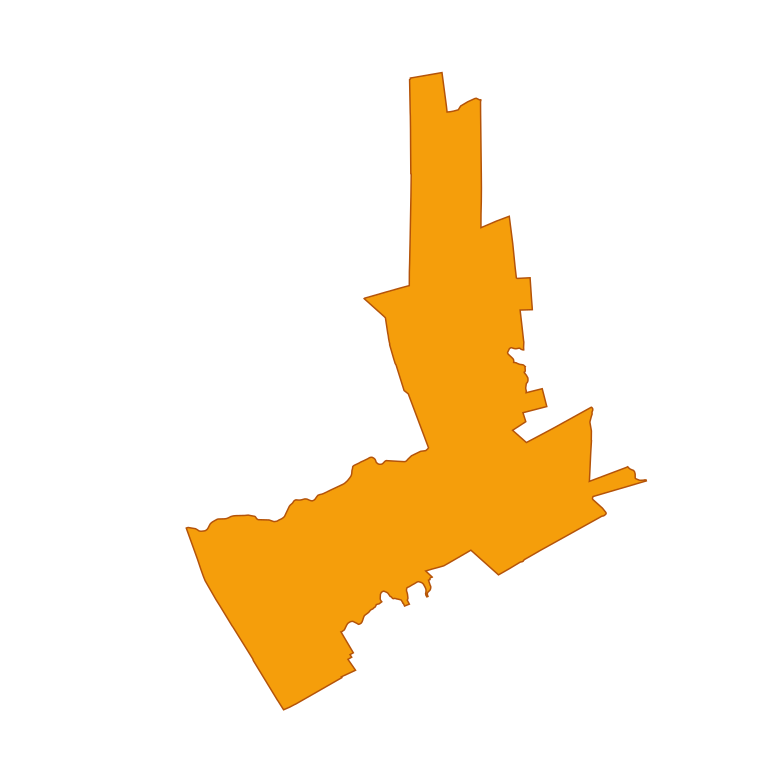 Ciresu, Braila, Romania (Robinson projection), rotated 165°
{"feature_id": "2599482B19299751639554", "entity_name": "Ciresu", "entity_type": "district", "adm_level": 2, "iso_a3": "ROU", "parent_name": "Romania", "parent_adm1": "Braila", "projection": "robinson", "projection_center": [27.398, 44.954], "detail": "fine", "context": "isolated", "style": "filled", "palette": "amber", "viewbox_px": 768, "rotation_deg": 165, "n_neighbors": 0, "source": "geoboundaries", "source_scale": "gbopen_adm2", "svg_char_len": 6131}
<svg xmlns="http://www.w3.org/2000/svg" viewBox="0 0 768 768"><g transform="rotate(165 384 384)"><path d="M279.3,672.7L279.4,672.1L279.6,671.8L280.0,671.6L280.5,671.4L288.3,639.9L289.2,636.0L292.4,623.4L296.6,607.4L303.7,580.1L303.4,579.7L309.5,558.0L313.6,543.8L320.9,518.4L328.0,494.0L330.4,486.0L334.1,472.5L343.3,472.5L358.4,472.3L380.6,471.9L381.1,471.6L380.3,470.4L370.9,456.0L366.7,449.6L365.5,447.6L367.2,432.4L367.4,429.6L367.8,426.7L368.0,423.8L368.1,421.0L368.4,420.5L368.1,405.9L367.9,400.9L367.4,399.1L366.3,372.5L363.1,368.2L357.5,310.9L358.3,310.2L359.3,309.6L360.8,308.9L361.5,308.9L366.0,309.5L375.9,307.6L376.9,307.1L380.3,305.2L382.1,304.0L382.9,303.7L383.8,303.6L384.7,303.8L392.0,306.2L398.9,308.5L401.6,309.4L402.5,309.3L403.3,309.0L405.2,307.8L406.4,307.3L407.5,307.2L408.7,307.5L409.6,307.8L410.5,308.5L411.1,309.3L411.6,310.1L411.9,311.1L411.9,312.4L412.1,313.3L412.4,314.1L413.2,315.2L414.5,316.3L415.5,316.6L417.0,316.6L419.0,316.0L423.7,315.1L426.4,314.7L428.6,314.1L433.6,313.2L434.8,312.8L435.7,312.1L436.1,310.9L437.3,308.8L438.4,305.7L439.4,304.0L441.1,302.4L444.4,300.0L447.3,298.5L448.9,297.9L462.8,295.4L470.5,293.9L472.3,293.7L474.8,293.8L476.6,293.6L477.9,292.7L480.8,290.3L481.6,290.0L482.4,289.8L483.3,289.7L484.0,289.8L485.6,290.7L488.1,292.7L489.0,293.1L490.3,293.5L493.8,293.5L495.0,293.6L496.6,294.0L498.2,294.6L499.2,294.9L500.4,294.7L501.5,294.2L502.7,293.0L503.8,292.3L505.7,291.4L507.1,290.4L511.7,285.0L514.3,281.9L515.6,281.1L517.8,280.3L520.8,279.8L522.7,279.2L525.1,279.4L525.9,279.6L526.6,280.0L530.2,282.4L540.6,285.5L541.2,286.0L541.8,286.8L542.6,289.0L543.1,289.6L549.1,292.5L552.7,293.1L561.3,295.2L563.8,295.6L566.2,295.6L568.9,295.0L571.0,294.8L572.8,295.0L579.1,296.5L580.2,296.5L583.1,295.8L585.3,295.2L586.8,294.6L588.1,293.8L589.6,292.2L591.2,290.4L592.5,289.3L594.4,288.6L595.5,288.6L598.2,289.0L599.6,289.4L600.7,290.0L602.1,291.6L603.5,293.0L610.3,296.1L611.7,296.1L612.3,296.0L609.5,263.0L608.9,253.0L608.8,251.6L608.3,245.4L607.7,240.3L602.1,219.2L599.9,212.1L593.4,189.9L592.8,188.3L581.9,152.4L581.8,150.6L568.7,106.0L568.6,105.9L565.3,95.3L558.6,96.3L553.0,97.6L552.5,97.6L500.7,111.3L501.0,112.2L485.6,114.9L490.1,127.4L485.9,128.5L486.9,131.4L483.2,132.3L489.7,155.6L489.3,155.5L485.9,156.8L482.6,160.6L481.8,161.4L480.8,162.2L478.8,162.9L477.5,163.1L476.5,163.0L475.5,162.8L471.9,159.6L471.0,158.6L470.6,158.4L469.3,158.5L467.8,159.0L466.8,159.9L465.9,161.1L464.0,164.0L463.3,164.9L462.8,165.3L461.9,165.8L459.0,166.9L457.4,167.7L456.5,168.4L455.9,168.9L455.2,169.2L454.2,169.5L453.1,169.6L452.6,169.9L452.0,170.3L450.2,170.9L449.3,171.9L448.5,172.9L447.2,173.0L445.7,172.9L442.5,174.2L443.2,175.8L443.3,176.9L443.2,177.8L441.9,181.8L441.7,182.0L441.5,182.3L440.8,183.1L439.8,183.7L439.2,183.9L437.8,184.0L435.5,182.2L434.8,181.5L434.3,180.7L433.9,179.7L433.2,177.7L433.0,177.2L432.3,176.8L431.8,175.9L431.3,174.9L431.2,174.7L430.7,174.3L430.3,174.2L429.4,174.2L428.0,173.6L427.3,173.1L427.1,172.9L426.6,172.8L424.1,171.4L423.3,170.8L422.6,168.5L422.6,167.8L422.6,167.6L422.3,167.4L422.2,167.2L421.9,166.2L421.6,164.2L416.5,164.8L417.5,169.2L417.1,169.7L416.8,170.1L416.4,170.7L416.3,171.1L415.9,173.6L415.7,175.1L415.7,176.7L415.8,178.2L415.7,178.7L415.4,179.8L415.0,180.5L414.6,181.1L414.4,181.3L414.0,181.4L412.1,181.7L408.6,182.7L406.1,183.3L403.1,184.2L402.4,184.2L401.7,184.1L399.9,183.0L399.2,182.5L398.7,182.0L398.2,181.3L397.7,180.4L396.8,176.5L396.7,175.5L396.7,174.2L397.4,172.0L398.0,171.0L398.1,170.6L398.2,169.2L397.7,167.3L396.5,167.4L396.6,168.8L396.6,170.2L395.5,171.5L393.0,172.9L392.1,174.0L391.8,174.6L391.4,175.6L391.3,176.0L391.3,176.8L391.5,177.7L391.6,179.4L391.8,183.0L390.2,183.2L390.2,183.9L390.0,184.2L389.7,184.5L389.4,184.7L388.8,184.9L388.2,185.0L387.6,184.9L387.4,185.0L392.1,192.6L385.3,192.8L378.6,192.8L373.3,192.9L363.8,195.4L343.1,201.0L322.8,170.0L310.6,173.2L298.5,176.7L296.5,176.6L295.5,176.8L294.8,177.5L293.7,178.1L276.1,182.8L211.8,198.9L208.3,199.8L207.5,199.9L206.2,199.8L205.6,199.9L204.5,200.3L203.4,200.9L203.0,201.3L202.9,202.4L205.1,207.5L212.3,218.6L212.2,219.7L211.2,221.2L155.7,222.5L155.7,223.5L156.9,223.9L158.5,224.0L160.7,224.5L161.9,224.8L164.8,226.9L165.4,227.5L165.7,228.2L164.7,232.0L164.7,234.3L165.3,235.9L167.2,237.3L168.3,238.2L169.4,239.7L170.0,241.0L171.5,240.7L185.6,239.3L210.9,236.8L210.6,237.4L202.2,263.8L198.2,275.8L198.3,276.1L195.8,285.0L195.0,293.9L194.6,294.7L192.2,298.9L190.8,301.0L190.4,302.8L190.0,303.6L189.4,304.2L189.0,305.1L188.8,305.8L188.9,306.5L189.2,307.3L189.7,307.9L189.9,307.9L233.0,297.2L261.6,290.6L271.8,306.0L256.8,310.9L257.2,320.3L232.6,320.1L232.4,338.5L249.0,338.8L248.4,340.3L248.3,342.8L248.1,343.7L246.4,347.6L245.0,348.6L244.6,349.1L244.0,350.2L243.6,351.8L243.5,352.6L243.5,352.9L243.6,353.3L244.0,354.5L244.1,355.0L244.1,355.4L244.3,355.8L244.8,357.0L245.4,358.2L245.5,358.6L245.5,359.2L245.1,359.3L244.7,359.4L244.4,359.7L244.1,360.3L243.5,363.3L243.4,363.8L243.0,364.3L243.4,364.6L243.8,365.4L244.1,365.9L244.7,366.5L245.1,366.7L246.2,367.2L247.2,367.6L247.7,367.8L249.0,368.7L250.5,369.9L250.6,370.1L251.0,370.3L252.5,371.1L253.2,371.3L252.8,372.3L252.6,373.8L252.6,374.2L252.8,374.8L253.0,375.3L253.8,376.7L255.4,379.2L256.3,380.7L256.5,381.3L256.5,382.2L256.4,382.6L256.0,383.1L255.3,383.8L254.4,384.9L253.8,385.6L253.1,385.9L252.6,386.1L252.0,386.2L251.5,386.1L251.2,385.9L249.2,384.6L248.5,384.3L247.8,384.0L247.2,383.9L246.7,383.8L244.5,383.7L243.8,383.5L243.4,383.2L242.9,382.4L242.4,381.9L240.8,380.9L240.2,380.8L239.7,383.2L238.1,388.3L238.0,389.5L237.9,390.1L235.8,403.9L233.4,420.2L221.5,417.4L220.9,420.4L219.4,428.5L218.3,434.1L215.4,448.8L228.0,451.5L228.3,451.8L228.6,452.1L228.7,452.3L228.4,454.2L227.3,461.7L227.3,461.8L223.3,486.3L219.6,513.6L233.0,512.3L249.9,509.9L246.3,523.1L242.8,535.0L239.2,548.0L235.8,561.1L220.5,621.0L217.7,631.7L216.9,633.2L216.9,633.4L217.2,633.6L218.0,633.6L220.9,636.1L221.8,636.2L222.5,636.2L226.1,635.6L230.2,634.9L238.0,632.7L241.0,629.9L241.3,629.7L241.6,629.6L246.4,629.6L249.9,629.9L252.7,630.4L251.8,636.2L247.4,669.8L279.3,672.7Z" fill="#f59e0b" stroke="#b45309" stroke-width="1.5"/></g></svg>